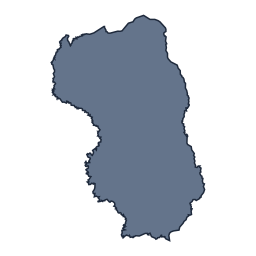 the district of Kibondo, Kigoma, United Republic of Tanzania
{"feature_id": "72390352B58332556482444", "entity_name": "Kibondo", "entity_type": "district", "adm_level": 2, "iso_a3": "TZA", "parent_name": "United Republic of Tanzania", "parent_adm1": "Kigoma", "projection": "orthographic", "projection_center": [30.818, -4.184], "detail": "fine", "context": "isolated", "style": "filled", "palette": "slate", "viewbox_px": 256, "rotation_deg": 0, "n_neighbors": 0, "source": "geoboundaries", "source_scale": "gbopen_adm2", "svg_char_len": 5713}
<svg xmlns="http://www.w3.org/2000/svg" viewBox="0 0 256 256"><path d="M165.4,27.9L159.9,21.8L158.0,20.6L154.8,19.4L150.0,19.4L143.6,15.4L136.3,17.9L134.8,19.0L133.0,21.8L128.4,23.2L122.1,30.8L120.3,31.3L117.6,31.2L110.0,33.2L108.1,33.1L107.1,31.8L106.0,31.6L106.0,30.3L104.5,27.5L104.5,26.5L103.9,26.5L93.9,32.9L89.7,34.3L86.1,33.8L84.8,34.4L84.2,34.1L83.8,34.7L82.9,34.4L82.7,35.1L82.5,34.7L81.6,34.9L81.9,35.6L80.8,36.3L79.4,36.4L78.6,37.3L77.5,37.0L77.0,37.9L76.5,37.6L76.7,38.3L76.0,37.9L76.0,38.7L73.8,38.5L73.1,39.1L73.8,40.1L73.6,40.6L72.6,40.8L71.9,43.3L70.7,44.4L70.9,45.2L70.4,45.8L68.7,41.7L67.6,40.4L67.5,38.1L68.7,36.4L68.5,35.5L66.1,35.0L65.4,36.5L62.9,38.1L61.6,39.8L61.7,40.5L60.5,40.9L59.6,42.0L60.1,43.4L61.0,43.3L60.3,45.2L61.1,45.6L60.6,46.7L60.9,47.4L59.7,48.2L58.9,49.4L58.3,49.2L57.3,49.8L57.7,51.0L57.2,51.2L56.9,52.2L56.2,52.3L55.4,55.4L54.4,56.3L54.8,57.4L54.0,57.7L54.4,58.7L54.0,58.4L53.5,58.8L53.2,60.4L51.4,62.4L52.0,62.7L51.6,63.5L51.9,64.3L52.9,64.8L53.7,68.8L54.5,69.7L54.5,72.0L53.3,73.5L54.5,76.7L54.1,77.7L53.0,78.4L53.4,79.3L52.9,81.4L53.2,82.2L53.6,81.7L54.6,82.3L55.5,83.7L54.0,85.5L54.3,86.3L53.6,88.3L54.3,88.8L53.7,88.9L53.6,89.6L52.9,89.5L53.6,90.5L52.4,90.5L52.9,91.8L53.4,91.7L53.2,92.1L52.6,91.9L52.4,92.4L53.4,93.0L53.2,93.7L54.0,94.1L53.6,94.6L54.6,94.3L54.8,95.5L55.5,95.2L55.6,96.6L57.3,96.9L57.2,98.1L57.6,97.6L58.2,98.0L58.2,98.7L58.7,98.2L59.9,98.7L62.4,102.2L64.2,102.1L66.4,103.1L66.8,102.7L66.7,101.2L67.7,101.4L68.4,101.8L68.4,102.6L69.1,103.2L69.7,102.6L70.8,103.0L71.2,105.2L74.3,105.5L74.7,106.7L76.1,107.0L75.9,107.4L76.7,107.3L77.0,108.7L77.9,108.7L78.2,108.1L78.5,108.7L79.5,108.2L81.6,108.4L82.4,108.9L82.5,110.4L85.1,110.6L84.9,112.1L86.0,111.8L86.6,112.6L88.1,112.8L88.7,114.2L87.9,115.1L89.3,115.6L90.1,115.0L90.1,116.3L92.2,117.2L91.4,118.3L92.3,119.3L92.1,120.4L92.6,120.6L92.3,121.4L92.7,121.4L92.7,122.1L92.1,122.3L93.9,124.6L93.6,125.3L95.2,125.4L95.9,126.0L96.3,125.6L96.8,126.3L97.8,126.1L98.2,127.7L100.0,129.8L98.8,131.4L97.9,131.4L98.4,132.0L97.7,132.9L98.2,134.9L97.7,135.9L98.4,135.9L98.9,136.9L100.8,137.2L99.9,138.4L101.1,139.5L100.7,142.0L99.1,142.2L98.3,142.9L98.3,143.8L99.0,144.1L98.5,144.9L99.0,145.5L98.7,146.1L97.2,146.4L96.2,147.3L95.8,148.2L96.6,148.8L96.3,150.0L95.2,148.5L92.6,150.4L93.5,152.1L93.4,153.2L92.3,155.4L91.4,154.9L90.6,153.3L89.8,153.1L88.4,154.2L87.7,153.7L87.2,154.4L86.3,154.2L86.9,154.6L87.9,157.0L90.2,158.1L90.3,158.8L89.0,160.9L89.4,161.7L88.8,161.7L88.8,162.1L89.3,162.6L86.5,163.0L85.9,161.5L85.0,162.8L86.1,163.2L86.5,164.1L85.2,165.2L85.7,166.3L86.5,166.5L87.9,165.7L88.4,166.1L88.3,168.0L86.0,169.6L86.4,170.5L88.1,171.8L88.4,172.7L86.5,173.0L86.3,173.7L88.0,174.4L88.7,176.2L90.9,176.6L88.8,179.8L88.1,180.0L88.8,181.6L87.3,182.0L88.4,182.9L88.8,184.6L90.5,184.4L91.8,183.2L93.4,184.1L94.2,183.7L93.4,183.4L93.8,183.2L95.0,183.7L94.9,187.4L94.4,189.4L92.9,191.6L93.1,193.2L93.5,193.7L94.9,193.5L94.3,196.8L96.3,196.1L97.8,197.0L99.1,196.8L98.3,198.0L99.6,199.5L99.1,200.9L98.0,201.3L98.2,201.8L101.0,201.3L101.4,200.5L102.7,201.4L103.0,200.7L104.8,200.7L105.1,199.9L107.0,199.3L109.4,202.0L110.2,202.1L111.1,201.0L113.1,201.6L114.6,203.0L114.9,205.0L113.9,206.2L115.0,206.6L116.4,208.1L115.7,208.7L116.3,208.8L116.3,209.8L117.2,210.4L118.1,212.6L119.1,213.1L120.1,212.6L121.2,213.3L121.1,214.3L122.4,215.3L123.4,214.5L123.8,215.6L123.4,216.5L124.8,216.7L125.2,217.9L126.0,218.4L125.4,219.5L126.4,220.2L125.5,222.5L125.7,223.3L124.9,224.2L125.1,225.3L124.3,225.4L123.7,224.9L123.4,225.3L124.4,226.2L123.8,227.0L124.8,227.0L122.8,228.3L123.2,229.0L124.9,229.8L121.9,230.4L122.2,233.1L121.4,234.8L122.1,236.5L123.3,235.9L123.7,236.2L122.8,236.8L123.1,237.8L125.4,235.7L126.5,235.3L126.6,235.9L126.6,235.2L129.4,236.1L129.6,235.7L130.2,237.3L132.1,237.0L133.0,237.6L133.8,237.0L133.7,236.5L134.8,236.4L135.6,235.7L139.3,236.0L145.2,233.4L147.4,233.4L147.6,234.6L148.7,234.9L148.5,234.0L150.0,233.2L151.5,236.6L155.2,238.2L155.9,239.2L157.2,238.6L157.7,237.7L159.6,237.5L161.2,235.2L161.5,235.3L161.1,236.0L161.9,237.0L162.6,236.6L164.1,237.0L165.2,236.3L164.7,237.2L165.8,238.8L169.6,240.6L168.8,235.4L169.6,233.1L171.1,231.8L173.6,230.9L179.0,230.1L179.7,227.1L183.1,223.2L184.0,221.4L186.1,219.7L186.8,217.3L188.7,215.8L188.4,214.8L190.0,215.1L191.5,214.5L191.1,211.0L192.0,208.9L190.9,208.9L191.3,206.4L190.6,205.4L190.9,204.5L189.9,203.8L190.1,203.0L192.1,201.5L193.0,199.6L195.1,199.5L196.2,200.5L199.7,198.5L199.8,197.5L201.0,197.2L201.2,195.6L203.5,192.7L204.6,189.5L203.4,186.6L204.4,183.9L203.1,183.4L202.4,181.2L202.9,178.4L202.0,178.1L201.9,176.2L201.0,175.7L199.9,173.7L200.0,172.5L200.9,172.0L200.5,170.8L201.0,168.1L199.5,167.1L199.3,166.6L199.8,166.0L198.2,166.0L197.0,167.5L195.3,167.0L195.6,165.6L194.4,162.9L194.9,161.0L194.0,158.6L194.8,157.0L193.6,155.5L194.3,153.5L191.7,149.9L191.2,146.6L187.6,144.5L186.9,143.0L187.1,137.3L187.5,136.7L186.7,136.4L187.5,135.3L186.7,134.3L185.7,135.0L184.6,133.6L184.8,132.5L184.1,132.4L184.9,130.8L184.0,128.7L184.6,126.7L183.4,125.8L183.7,124.0L182.4,123.4L181.9,122.2L182.5,121.5L182.0,121.0L182.9,119.9L182.7,118.9L184.2,116.7L184.0,114.2L184.7,112.7L184.5,111.0L185.2,110.5L186.5,110.9L186.0,108.0L187.3,108.2L187.2,107.7L188.1,107.2L189.2,105.2L189.1,104.4L188.3,104.1L188.9,101.2L188.4,99.9L189.0,98.9L188.9,97.6L188.4,97.2L188.4,96.1L187.2,95.0L187.4,93.7L186.7,90.5L185.4,88.1L185.5,83.3L184.4,82.2L183.9,79.0L183.0,77.5L181.8,76.7L181.8,75.8L180.4,74.4L180.2,70.6L178.1,68.1L177.2,65.1L170.9,61.9L168.1,58.7L167.5,57.2L167.5,53.3L165.8,50.4L166.4,47.7L165.8,44.3L166.7,43.8L165.5,41.2L166.1,36.9L165.1,35.9L164.5,36.0L163.7,34.0L164.1,32.6L165.9,31.5L165.9,29.3L165.4,27.9Z" fill="#64748b" stroke="#1e293b" stroke-width="1.5"/></svg>